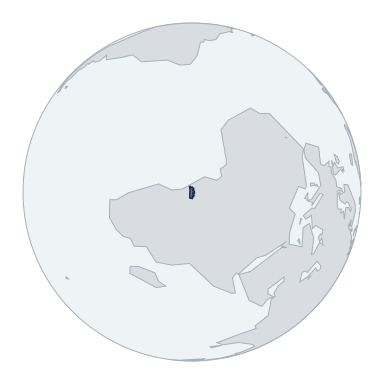 globe centered on Bas-Congo, rotated 92°
{"feature_id": "COD-1883", "entity_name": "Bas-Congo", "entity_type": "Province", "adm_level": 1, "iso_a3": "COD", "parent_name": "Democratic Republic of the Congo", "parent_adm1": "", "projection": "orthographic", "projection_center": [14.09, -5.165], "detail": "fine", "context": "on_globe", "style": "filled", "palette": "slate", "viewbox_px": 384, "rotation_deg": 92, "n_neighbors": 0, "source": "natural_earth", "source_scale": "10m", "svg_char_len": 7630}
<svg xmlns="http://www.w3.org/2000/svg" viewBox="0 0 384 384"><g transform="rotate(92 192 192)"><circle cx="192" cy="192" r="169" fill="#eef3f6" stroke="#a8b0b8"/><path d="M104.3,47.6L110.0,44.3L101.2,49.9L97.1,54.0L94.7,55.9L88.1,60.0L85.4,61.1L78.4,66.9L90.9,56.7L104.3,47.6ZM77.7,67.6L83.6,62.7L77.5,68.4L77.0,69.1L78.1,68.6L80.9,66.2L79.1,68.2L71.6,74.1L73.2,72.3L75.5,70.3L74.2,71.1L69.1,76.0L66.4,79.0L65.1,80.4L77.7,67.6ZM26.2,159.4L27.4,154.7L25.6,164.4L27.7,155.0L27.4,159.2L30.9,157.1L30.2,159.4L32.9,169.6L38.8,173.4L40.1,180.3L39.1,184.9L41.8,185.7L41.9,188.7L55.4,191.5L64.4,198.2L65.6,208.5L61.0,221.1L63.6,246.8L57.0,256.3L59.9,266.7L62.8,282.3L58.3,282.1L64.3,289.1L65.7,293.9L64.1,294.7L67.9,299.8L66.9,300.4L70.5,303.4L75.0,310.5L80.9,315.6L85.8,321.1L89.7,324.0L89.3,324.1L90.5,325.4L92.7,327.1L88.6,324.9L80.4,318.3L76.7,314.6L76.0,314.3L67.4,304.8L68.9,306.9L57.5,293.1L49.8,281.2L33.8,247.4L31.2,241.1L28.5,234.6L27.4,230.0L25.1,218.3L23.7,206.6L23.1,194.7L23.3,182.9L24.3,171.1L26.2,159.4ZM97.4,329.7L90.0,325.9L93.2,327.5L90.3,324.6L96.1,327.7L97.4,329.7ZM91.1,321.9L90.7,320.1L92.2,320.8L92.7,322.3L91.1,321.9ZM357.6,158.6L356.0,152.0L358.2,163.7L360.1,175.5L360.8,184.5L360.9,187.8L360.6,183.2L359.5,172.0L358.6,167.7L356.9,157.2L352.5,141.2L352.0,143.0L350.2,137.0L344.0,123.8L342.2,126.2L340.7,140.0L343.6,155.6L341.7,161.9L331.9,138.2L326.2,123.3L323.5,124.2L312.7,111.4L296.4,109.0L293.4,105.2L290.5,106.6L282.8,102.7L277.9,96.9L273.6,97.0L286.4,112.5L291.0,112.6L293.8,107.1L296.6,112.7L303.9,118.3L298.3,131.2L272.9,142.3L269.3,130.6L244.3,100.3L244.5,97.1L244.3,96.8L243.9,96.1L242.8,101.2L238.1,95.7L252.6,116.0L255.6,125.1L272.6,142.9L271.3,144.7L276.4,148.6L291.5,145.1L291.8,149.0L285.4,167.0L263.5,192.0L265.8,210.0L263.2,225.5L248.2,235.6L248.2,247.8L240.3,252.1L238.9,259.1L231.8,266.5L220.4,273.6L202.5,273.9L202.4,267.4L194.9,255.1L185.1,225.7L190.7,212.2L189.5,202.0L176.4,180.1L179.4,167.8L175.6,162.9L168.0,164.5L163.5,158.7L158.8,158.8L128.7,165.2L119.0,158.3L106.1,136.7L111.1,127.2L111.1,117.2L145.1,82.1L153.3,83.1L181.3,77.9L185.0,78.8L182.8,85.8L204.7,94.1L210.4,88.1L229.1,93.0L240.8,93.1L242.9,80.2L223.8,79.7L219.3,73.6L233.7,68.7L250.3,70.3L249.1,68.1L237.7,62.6L240.5,59.1L233.6,60.6L237.1,62.8L232.9,64.1L229.4,62.2L230.6,60.8L225.3,59.8L221.2,67.3L224.4,70.4L211.1,71.8L215.1,77.3L211.9,80.0L203.9,71.7L204.0,68.7L190.0,60.9L188.8,64.0L201.9,71.9L198.2,71.3L196.7,76.5L195.0,72.1L181.1,63.5L168.5,66.2L154.1,79.8L146.4,81.6L139.2,79.8L142.8,67.0L159.6,64.5L161.1,60.7L156.3,56.1L161.8,56.0L161.9,54.1L168.1,53.3L175.5,48.4L181.6,47.7L183.1,42.5L186.5,41.6L184.6,44.8L186.5,46.9L201.5,46.3L204.1,45.2L203.9,42.1L208.0,42.7L205.9,39.8L213.9,38.9L202.4,37.8L201.9,35.0L205.9,33.1L203.7,32.2L197.1,35.5L196.3,37.1L198.9,38.6L194.9,43.8L190.1,44.9L186.4,39.3L179.1,40.5L179.4,36.4L197.2,28.8L205.3,28.0L221.4,31.4L220.3,32.6L213.9,31.8L221.0,34.8L219.8,33.4L223.3,34.2L223.7,32.4L226.1,32.8L222.3,30.5L225.3,30.9L227.7,32.4L230.9,30.8L236.9,31.8L236.4,31.2L234.2,30.4L243.3,32.6L242.5,32.1L239.3,31.2L235.6,29.9L232.8,28.6L236.1,29.4L237.6,29.9L245.6,32.7L249.0,34.6L250.1,34.8L247.9,33.4L238.1,30.0L235.4,29.0L240.3,30.5L238.3,29.8L238.0,29.7L240.9,30.4L235.6,28.8L233.9,28.3L245.3,31.7L256.4,35.8L267.2,40.7L277.6,46.3L287.6,52.7L297.1,59.7L306.1,67.4L314.5,75.7L322.4,84.5L329.6,93.9L336.1,103.8L341.9,114.1L347.0,124.8L351.3,135.8L354.9,147.1L357.6,158.6ZM134.7,98.5L134.1,101.4L134.1,101.5L134.7,98.5ZM269.0,79.5L278.2,81.0L272.1,72.9L275.1,73.0L271.9,70.4L271.6,72.4L263.5,65.7L266.8,64.1L264.6,61.1L261.4,60.6L256.8,64.7L268.3,73.9L267.1,76.8L269.0,79.5ZM31.1,156.9L31.3,158.6L30.6,158.9L31.1,156.9ZM33.7,136.3L34.1,136.8L33.1,138.0L33.7,136.3ZM31.7,138.5L32.2,137.2L33.3,134.0L33.3,136.4L31.4,140.0L31.6,138.8L31.7,138.5ZM77.9,68.0L78.4,67.6L79.0,67.5L77.6,68.6L77.9,68.0ZM88.3,62.1L85.1,65.6L86.4,63.7L83.8,65.5L83.4,64.3L93.5,56.8L89.0,60.2L88.3,62.1ZM85.6,61.2L84.7,62.4L85.3,61.4L85.6,61.2ZM156.3,45.9L158.9,46.6L157.1,48.8L149.4,51.1L151.8,47.9L156.3,45.9ZM162.9,47.3L161.4,42.0L166.1,40.7L163.7,42.2L167.0,42.0L164.0,44.4L170.0,49.1L168.9,51.4L155.2,53.6L160.3,51.4L157.5,50.6L162.9,47.3ZM149.2,34.9L148.6,33.8L159.7,32.4L159.0,33.7L151.2,35.7L147.5,35.5L149.2,34.9ZM128.4,35.5L127.6,35.8L122.1,38.2L122.6,38.0L128.4,35.5ZM119.1,39.6L117.8,40.2L119.1,39.6ZM178.9,23.5L179.8,23.5L175.5,23.8L180.7,23.6L175.8,24.0L176.7,24.0L173.7,24.5L171.5,25.2L169.2,25.4L169.3,25.6L167.3,26.1L166.8,26.6L162.3,27.4L161.3,28.0L159.8,28.1L159.2,29.1L157.7,28.8L154.9,29.7L157.9,29.6L135.3,35.2L127.0,38.7L121.0,42.0L119.1,41.6L123.6,38.5L131.2,34.7L139.5,31.7L137.1,32.4L140.4,31.2L140.9,31.2L142.1,30.6L144.9,29.8L149.1,28.6L163.9,25.4L178.9,23.5ZM188.5,76.1L191.2,76.3L195.3,75.9L194.4,79.4L188.5,76.1ZM178.8,70.3L181.2,69.7L181.9,73.9L179.1,74.0L178.8,70.3ZM181.9,66.1L181.3,69.4L179.9,67.6L181.9,66.1ZM186.7,44.3L189.2,43.8L189.7,44.6L188.6,45.7L186.7,44.3ZM194.0,24.7L191.8,24.5L192.4,24.3L190.1,23.7L193.5,23.6L196.2,24.0L194.0,24.7ZM240.0,82.3L237.0,84.7L235.1,83.4L236.5,82.8L240.0,82.3ZM214.9,81.6L221.0,83.3L214.6,82.6L214.9,81.6ZM197.4,24.5L196.0,24.2L198.6,24.3L197.4,24.5ZM195.8,23.6L198.7,23.7L193.6,23.6L195.8,23.6ZM283.3,312.5L282.8,314.9L281.0,314.8L283.3,312.5ZM288.7,224.4L275.5,251.4L268.5,251.1L268.3,242.9L274.0,226.4L282.5,222.1L287.0,214.9L288.7,224.4ZM360.3,206.7L360.6,199.5L358.2,173.6L359.1,174.9L361.0,191.6L360.9,193.9L360.9,196.1L360.3,206.7ZM344.2,157.2L347.2,167.2L345.8,168.4L344.2,157.2ZM224.6,26.4L224.0,27.1L225.8,28.2L230.4,29.5L223.7,28.2L220.8,26.5L224.6,26.4ZM208.6,24.0L208.2,24.1L206.1,23.9L208.6,24.0Z" fill="#d9dde1" stroke="#a8b0b8" stroke-width="1"/><path d="M194.9,190.1L195.0,190.0L195.1,189.8L195.5,190.3L195.6,190.5L195.8,190.5L195.9,190.4L195.9,190.2L196.0,190.1L196.4,190.2L196.6,190.2L196.7,190.3L196.7,190.5L196.8,190.5L196.8,190.8L196.8,191.0L196.7,191.1L196.5,191.3L196.7,191.5L196.8,191.6L197.0,191.6L197.3,191.5L197.3,191.4L197.6,191.4L197.7,191.5L198.4,191.5L198.3,191.8L198.4,192.2L198.4,192.3L198.3,192.7L198.3,192.8L198.3,193.0L198.3,193.4L198.3,193.5L198.2,193.8L197.9,194.0L197.6,194.1L197.3,194.1L197.0,194.1L196.7,194.1L196.2,194.1L195.9,194.1L195.7,194.1L195.4,194.1L195.1,194.1L194.9,194.1L194.6,194.1L194.3,194.1L194.1,194.1L193.8,194.1L193.4,194.2L193.1,194.1L192.8,194.1L192.4,194.1L192.2,194.1L191.8,194.1L191.7,194.0L191.2,194.0L190.7,194.1L190.4,194.0L190.2,194.0L189.9,194.0L189.7,194.1L189.3,194.0L189.2,194.1L188.9,194.0L188.7,194.0L188.6,193.9L188.4,193.9L188.3,194.0L188.2,194.0L188.0,194.3L187.8,194.5L187.7,194.5L187.3,194.6L187.2,194.6L187.2,194.4L187.0,194.5L187.0,194.4L186.9,194.3L186.9,194.2L186.7,194.0L186.5,193.8L186.6,193.7L186.9,193.7L187.1,193.7L187.4,193.7L187.4,193.4L187.4,193.2L187.4,192.8L187.4,192.5L187.4,192.2L187.4,191.9L187.2,191.8L187.2,191.7L187.5,191.6L187.6,191.4L187.8,191.3L187.9,191.2L188.0,191.1L188.1,190.9L188.3,190.7L188.9,190.6L189.0,190.5L189.0,190.4L189.3,190.5L189.5,190.8L189.8,190.9L189.9,191.0L190.0,191.2L190.2,190.9L190.3,190.9L190.2,190.9L190.3,190.8L190.5,190.9L190.6,190.7L190.8,190.7L190.9,190.4L190.9,190.2L190.9,189.9L191.1,189.8L191.3,189.9L191.3,190.0L191.5,190.0L191.7,189.9L191.8,189.8L191.9,189.7L192.2,189.7L192.3,189.7L192.5,189.5L192.8,189.4L192.9,189.5L193.0,189.7L193.1,189.8L193.0,190.0L192.9,190.1L192.8,190.3L192.9,190.5L192.9,190.8L192.9,191.1L193.0,191.2L193.3,191.0L193.5,191.2L193.8,191.2L194.0,191.1L194.2,190.9L194.5,190.5L194.7,190.3L194.7,190.2L194.9,190.1ZM188.5,194.1L188.8,194.1L188.7,194.1L188.4,194.2L188.3,194.3L188.2,194.3L188.1,194.2L188.3,194.1L188.5,194.1Z" fill="#64748b" stroke="#1e293b" stroke-width="1.5"/></g></svg>